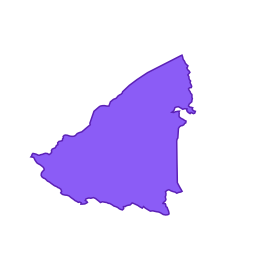 Boa Nova, Bahia, Brazil, rotated 115°
{"feature_id": "56859067B98437240854807", "entity_name": "Boa Nova", "entity_type": "district", "adm_level": 2, "iso_a3": "BRA", "parent_name": "Brazil", "parent_adm1": "Bahia", "projection": "equal_earth", "projection_center": [-40.215, -14.372], "detail": "fine", "context": "isolated", "style": "filled", "palette": "violet", "viewbox_px": 256, "rotation_deg": 115, "n_neighbors": 0, "source": "geoboundaries", "source_scale": "gbopen_adm2", "svg_char_len": 3315}
<svg xmlns="http://www.w3.org/2000/svg" viewBox="0 0 256 256"><g transform="rotate(115 128 128)"><path d="M193.9,72.6L192.6,70.6L192.2,68.5L191.7,66.4L191.2,64.9L191.1,63.0L191.3,61.1L191.5,59.5L190.9,57.1L189.7,55.2L188.5,54.5L187.1,55.4L185.9,56.4L184.9,57.6L183.4,59.0L183.2,60.5L182.0,61.1L180.9,62.1L181.6,64.4L180.5,64.4L179.4,63.8L178.1,63.4L176.8,63.4L175.9,64.1L174.7,65.1L173.1,65.2L171.5,65.8L169.9,67.1L168.1,66.3L166.6,64.8L166.8,62.5L166.6,60.3L166.2,58.2L166.5,56.2L165.1,55.0L163.7,53.1L162.5,52.2L159.7,56.2L156.7,60.2L151.5,62.7L138.6,69.0L119.3,78.3L117.6,78.8L116.0,78.6L107.0,82.1L105.0,81.8L103.6,80.9L102.7,79.6L101.4,78.8L99.9,78.6L98.9,77.8L97.2,78.3L97.2,79.8L96.9,81.6L96.8,84.2L96.2,86.4L94.5,87.3L93.4,87.6L92.1,88.5L91.0,88.5L91.9,90.1L93.3,92.0L94.6,93.0L95.2,94.9L93.6,94.1L92.4,93.8L91.3,93.9L89.8,94.1L88.7,93.2L87.4,91.4L87.6,88.4L87.9,86.3L86.6,84.9L85.8,82.6L86.9,82.4L88.0,81.3L88.5,79.7L88.7,77.8L87.3,77.4L87.3,74.7L86.3,73.8L84.4,74.0L84.7,76.1L83.7,77.9L82.3,77.9L82.5,79.4L82.9,80.8L82.5,82.5L80.7,82.7L79.1,82.1L77.3,81.3L75.3,81.9L74.1,82.1L73.1,83.1L71.8,83.6L70.6,84.3L70.1,85.8L68.8,87.1L68.1,88.4L67.0,89.7L65.6,89.3L64.6,87.7L63.3,87.9L62.3,88.9L61.4,90.1L60.2,91.2L59.0,91.1L58.4,92.5L57.3,93.7L55.8,94.4L54.6,96.2L53.3,95.9L51.4,95.4L50.5,96.7L50.0,98.4L48.7,100.1L47.4,99.8L46.2,100.0L45.9,101.5L45.0,103.5L43.6,105.0L42.5,107.0L41.2,108.0L40.1,108.9L39.1,109.9L61.4,127.3L69.6,133.7L80.2,140.2L88.8,144.8L97.4,148.2L98.8,148.0L100.2,148.5L101.6,149.6L103.0,150.5L104.5,150.9L105.7,151.1L106.7,151.8L107.9,153.1L109.3,153.9L110.5,154.4L111.6,155.0L116.2,154.6L117.0,156.2L117.7,158.9L118.7,160.8L119.9,162.4L121.2,163.2L127.2,165.9L136.7,164.9L139.7,164.6L141.0,163.6L151.1,168.3L152.1,169.5L153.2,170.6L154.5,171.7L155.8,172.1L157.1,172.5L158.3,173.5L159.2,175.1L159.9,177.2L160.2,179.9L160.8,181.7L161.6,182.7L163.1,183.2L164.4,182.4L165.5,182.7L167.1,182.2L168.1,183.2L169.3,184.9L171.1,185.5L172.8,184.5L174.1,185.5L175.7,185.4L176.9,185.7L177.9,186.7L179.2,187.8L180.7,187.9L182.2,187.0L183.8,187.3L185.5,188.3L185.2,190.2L185.8,192.1L186.7,193.2L188.0,194.4L189.2,196.0L190.2,196.8L190.6,198.3L190.5,199.8L190.8,201.7L191.2,203.4L192.5,203.8L193.7,203.5L195.2,203.8L194.5,201.1L195.3,200.0L196.2,199.0L197.2,197.4L198.1,195.8L198.4,193.9L198.4,192.4L198.8,190.5L199.4,188.2L200.2,187.0L201.3,186.3L202.6,186.8L204.0,187.2L205.1,187.4L206.3,187.2L207.6,186.7L208.6,185.5L209.1,183.6L209.0,181.7L209.5,180.2L210.1,178.6L210.2,176.1L210.7,174.1L211.0,172.4L211.4,170.3L211.3,167.8L211.6,166.3L211.5,164.8L211.9,163.0L213.4,161.4L215.2,161.6L215.9,159.4L215.4,156.7L214.7,154.8L214.5,152.7L215.2,150.1L215.7,147.2L216.2,145.3L216.2,143.4L216.4,141.6L215.5,140.6L215.6,138.8L216.9,138.5L216.0,136.7L215.0,135.0L213.7,134.0L212.6,133.3L211.8,134.5L211.8,136.1L210.0,136.1L208.8,134.9L207.9,133.9L207.4,132.0L205.7,130.0L205.6,127.8L206.0,126.1L206.7,123.1L207.2,121.5L205.7,120.1L205.1,117.7L204.5,115.7L204.6,114.1L204.1,112.6L204.3,110.0L204.7,107.7L204.4,105.7L204.4,103.7L204.9,101.7L204.9,100.2L204.6,98.4L203.0,97.8L201.2,98.9L200.3,97.2L199.1,96.6L197.8,95.0L196.9,93.6L195.4,93.0L194.2,92.6L194.0,91.0L194.0,88.8L194.0,86.4L194.4,84.2L194.6,81.2L192.6,80.7L193.3,78.5L193.6,75.7L193.9,72.6Z" fill="#8b5cf6" stroke="#5b21b6" stroke-width="1.5"/></g></svg>